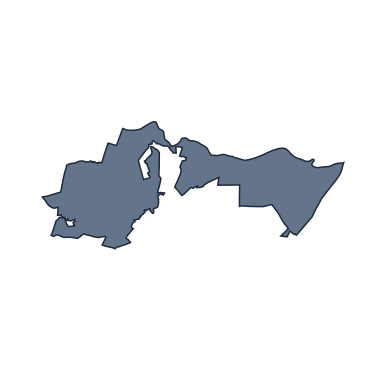 Santa Mare, Botosani, Romania (Robinson projection), rotated 322°
{"feature_id": "2599482B82082933553236", "entity_name": "Santa Mare", "entity_type": "district", "adm_level": 2, "iso_a3": "ROU", "parent_name": "Romania", "parent_adm1": "Botosani", "projection": "robinson", "projection_center": [27.269, 47.633], "detail": "fine", "context": "isolated", "style": "filled", "palette": "slate", "viewbox_px": 384, "rotation_deg": 322, "n_neighbors": 0, "source": "geoboundaries", "source_scale": "gbopen_adm2", "svg_char_len": 6036}
<svg xmlns="http://www.w3.org/2000/svg" viewBox="0 0 384 384"><g transform="rotate(322 192 192)"><path d="M247.9,290.3L271.1,285.6L280.1,281.2L284.0,279.7L290.0,277.0L305.0,273.1L311.4,271.7L316.7,270.1L320.7,268.6L322.5,267.5L329.6,262.2L329.0,262.1L328.0,261.5L324.9,259.3L321.5,257.8L317.0,256.7L315.2,256.0L312.0,253.8L305.9,250.1L304.4,248.6L304.0,247.9L303.1,245.6L303.2,244.3L304.3,243.4L305.9,242.8L307.0,242.7L307.6,242.3L307.9,241.9L307.9,241.4L307.4,240.6L306.9,240.4L303.3,240.0L301.4,238.7L300.2,237.3L298.2,233.5L295.7,230.0L294.5,227.4L293.8,224.9L293.4,222.2L293.4,220.6L292.9,217.1L292.4,215.6L290.9,213.7L289.5,212.6L287.1,211.2L282.4,209.3L279.4,208.4L269.4,206.0L263.3,204.2L258.9,202.5L254.7,200.5L253.1,199.4L252.3,198.6L248.8,193.7L246.9,191.4L246.6,190.9L246.2,189.4L245.9,189.0L244.1,187.3L240.4,182.2L239.3,181.4L234.4,178.9L230.4,175.3L229.8,174.2L230.0,170.9L230.3,170.2L230.8,166.7L230.7,165.9L230.2,164.2L229.3,161.8L228.4,159.9L227.5,157.2L226.6,155.5L225.1,153.2L223.2,151.4L221.6,149.6L220.9,146.7L220.4,145.8L219.3,144.7L217.0,143.6L215.9,143.9L214.2,144.8L210.4,145.3L206.6,144.5L204.2,143.6L204.1,142.7L204.0,141.1L204.3,139.3L204.3,138.6L203.7,137.1L203.8,136.4L203.2,134.1L203.3,133.6L203.7,132.4L204.7,130.4L206.0,128.4L206.6,127.1L206.7,126.4L206.7,125.8L205.4,122.6L205.2,121.9L205.1,120.4L205.5,118.9L206.2,117.2L206.6,115.3L206.6,114.8L206.1,113.9L205.3,113.2L204.2,112.7L201.9,112.1L194.0,111.0L190.7,110.8L187.9,109.7L184.2,107.6L180.3,104.5L178.9,103.2L176.5,99.3L161.1,108.9L156.0,101.8L148.1,107.0L138.8,113.5L138.2,112.9L137.8,112.0L137.4,111.5L136.7,111.4L136.3,111.7L135.7,111.6L135.2,111.0L135.3,110.6L134.2,109.8L134.2,109.1L133.8,108.7L133.9,108.1L133.4,107.6L133.2,107.5L133.1,107.8L132.6,107.8L131.5,106.9L131.3,106.5L131.8,106.2L131.7,105.6L130.9,105.2L130.6,104.8L128.8,104.7L128.3,104.3L128.1,103.7L127.7,103.3L126.6,103.0L126.6,102.7L126.1,102.1L126.1,101.4L124.8,100.2L124.3,100.0L123.9,99.4L122.4,98.6L121.5,98.3L121.3,98.0L120.7,98.1L119.2,97.4L118.3,97.5L117.8,97.2L117.0,97.0L116.5,96.7L116.0,96.1L113.9,94.9L112.0,94.2L110.9,94.1L109.8,93.7L107.9,95.3L102.8,98.9L98.3,102.7L95.0,105.6L94.9,105.8L94.1,106.1L93.7,106.7L88.5,111.2L75.1,106.0L71.1,103.7L71.0,104.7L71.1,105.6L70.9,106.2L71.3,108.8L71.0,109.7L71.0,110.3L70.7,111.6L70.7,112.4L71.0,113.5L71.0,115.6L71.4,116.0L72.1,118.0L72.5,118.5L72.8,119.4L73.6,120.0L77.0,121.7L75.5,123.5L71.7,127.6L73.9,129.1L75.0,129.5L74.0,131.5L75.4,133.0L75.7,133.4L75.6,135.1L75.5,135.5L75.1,136.1L75.2,136.3L75.8,136.4L76.0,137.1L77.6,136.8L76.8,138.1L78.3,139.9L81.1,141.0L82.9,141.4L81.7,143.4L80.3,142.7L79.7,142.8L79.3,143.1L78.9,144.5L78.7,146.3L77.9,145.8L77.7,145.4L77.1,145.4L75.4,144.4L74.8,143.9L73.9,143.8L73.4,143.4L73.2,143.1L73.2,142.4L73.2,142.0L73.6,141.5L73.4,141.1L73.6,140.4L73.3,140.0L73.9,139.1L74.6,136.9L74.6,136.3L75.3,135.4L75.5,133.9L71.9,130.3L69.7,131.1L67.3,131.0L62.2,134.4L55.8,138.8L55.2,139.1L54.4,139.1L54.8,140.6L55.3,141.5L55.9,141.9L58.4,142.2L59.1,142.7L60.3,144.0L61.1,145.8L63.0,148.8L68.1,152.6L73.3,158.0L73.9,158.2L81.1,158.3L81.1,158.7L82.7,161.1L86.4,165.5L86.6,166.4L87.9,167.5L88.2,168.1L88.8,168.6L90.4,170.5L92.0,171.2L96.2,173.5L96.4,174.5L95.9,174.8L88.5,178.5L90.6,181.6L93.9,185.5L95.6,187.8L96.6,189.5L98.6,188.9L99.5,189.6L102.0,190.7L104.3,191.3L106.5,192.2L111.8,193.9L112.7,193.7L112.3,192.3L112.4,190.3L111.6,187.9L112.4,187.1L114.7,186.5L123.2,184.7L122.6,183.7L122.5,183.3L122.6,182.6L123.3,181.4L125.4,180.4L126.1,179.9L128.3,180.2L129.0,180.0L129.0,178.4L129.9,179.0L132.1,179.8L132.9,180.5L133.4,180.7L134.2,180.4L136.3,180.0L136.1,179.4L136.6,179.0L140.1,179.4L140.5,179.2L140.9,179.2L140.9,178.9L142.7,178.9L142.7,177.5L143.0,177.4L143.0,177.1L143.9,176.9L144.3,177.9L144.7,178.7L145.8,178.4L148.5,179.0L147.8,180.0L148.1,180.3L147.7,181.0L147.5,182.7L147.7,183.4L147.8,184.5L148.9,184.9L151.2,181.6L155.3,182.7L156.8,182.0L157.7,181.0L159.0,180.0L159.9,178.6L161.2,177.2L161.5,175.5L163.6,173.8L164.2,174.2L164.8,174.1L166.0,174.4L167.0,175.6L167.4,176.4L167.5,176.7L169.7,175.8L167.0,173.1L164.2,171.5L171.6,165.9L175.8,162.3L176.0,159.1L176.2,158.4L182.1,151.4L189.8,141.7L190.6,140.6L190.6,139.0L190.6,138.0L190.2,136.5L189.6,135.1L188.9,132.3L187.3,130.6L186.7,132.0L186.3,132.6L186.1,133.8L185.4,135.0L185.4,135.7L183.8,137.1L182.8,137.3L182.5,137.7L181.9,137.7L181.7,137.8L181.6,137.6L181.0,137.6L180.0,137.8L178.7,137.8L174.8,138.6L174.2,138.4L173.5,138.4L173.2,139.0L173.7,139.3L173.8,139.9L173.2,140.5L173.1,140.8L174.0,142.3L173.7,142.7L173.0,143.5L172.6,146.1L171.8,147.1L171.7,148.9L170.9,150.1L170.0,149.6L168.5,150.1L168.7,151.4L168.0,152.2L168.6,153.3L168.3,154.2L167.5,154.8L161.6,152.4L162.1,150.7L168.8,134.8L169.2,134.2L169.8,133.9L174.2,132.6L180.8,131.0L182.0,130.5L183.1,130.6L184.6,130.5L187.4,128.1L189.1,128.9L189.9,129.6L192.3,127.3L193.1,127.6L193.4,129.3L193.4,129.7L194.0,131.1L193.8,131.9L194.0,132.5L194.3,132.7L194.8,132.5L196.8,136.0L197.2,137.2L198.6,138.8L200.5,140.4L201.4,141.6L201.6,142.7L201.9,143.1L201.2,143.3L201.0,145.5L201.4,148.2L201.1,149.4L203.4,151.6L204.7,149.9L206.9,146.5L209.2,147.8L211.0,150.1L211.8,151.0L204.3,156.1L205.6,157.8L206.1,158.2L207.1,158.5L207.6,159.2L207.5,159.8L207.7,160.6L208.1,161.2L208.8,161.6L206.4,163.1L203.6,161.5L203.2,161.7L198.0,164.8L197.6,165.8L197.5,167.0L195.7,169.4L192.8,171.3L189.1,173.4L181.4,177.4L181.8,181.5L181.8,186.5L181.7,188.2L182.5,188.7L184.0,188.8L193.6,187.7L194.1,188.0L194.8,189.5L195.1,189.7L198.1,189.9L199.9,190.7L198.5,191.5L201.5,193.6L202.5,194.0L203.4,194.1L204.4,194.6L205.2,193.9L210.2,194.3L222.2,197.1L216.5,202.5L219.5,204.8L233.9,215.8L225.2,226.5L220.5,232.6L221.3,232.8L222.6,233.6L229.8,239.9L238.9,247.2L242.5,249.0L244.3,249.7L245.9,250.1L247.0,251.3L247.2,255.0L246.9,256.9L247.0,260.1L246.6,264.5L246.4,265.4L246.1,266.4L245.3,273.7L245.6,277.7L245.1,278.9L245.4,280.2L234.9,281.4L239.4,285.9L245.0,283.1L245.1,284.0L245.6,285.1L245.8,286.6L247.0,289.0L247.4,288.7L247.9,290.3Z" fill="#64748b" stroke="#1e293b" stroke-width="1.5"/></g></svg>